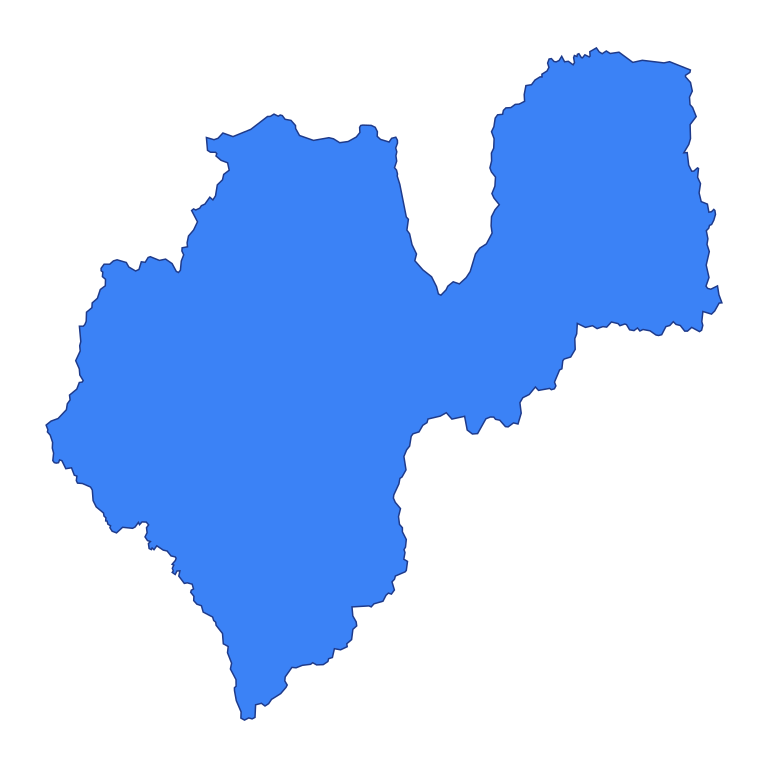 Betong, Yala, Thailand (Natural Earth projection)
{"feature_id": "78962969B29440700427684", "entity_name": "Betong", "entity_type": "district", "adm_level": 2, "iso_a3": "THA", "parent_name": "Thailand", "parent_adm1": "Yala", "projection": "natural_earth1", "projection_center": [101.211, 5.836], "detail": "fine", "context": "isolated", "style": "filled", "palette": "blue", "viewbox_px": 768, "rotation_deg": 0, "n_neighbors": 0, "source": "geoboundaries", "source_scale": "gbopen_adm2", "svg_char_len": 6035}
<svg xmlns="http://www.w3.org/2000/svg" viewBox="0 0 768 768"><path d="M690.4,70.0L669.6,61.7L664.0,62.9L642.3,60.3L632.8,62.4L619.0,52.2L610.2,53.5L606.3,51.0L602.2,53.7L599.2,51.9L596.4,47.9L589.8,51.7L590.1,56.0L589.2,56.9L584.9,54.8L582.5,57.8L581.4,57.6L578.9,53.7L577.4,54.3L576.9,56.5L574.4,55.5L573.6,57.7L574.5,62.6L573.1,64.8L568.3,61.3L564.6,61.8L561.7,56.3L559.1,60.5L556.1,61.9L554.0,61.5L551.4,58.6L549.1,59.0L547.6,63.1L548.9,67.4L547.0,71.0L541.9,74.2L542.0,76.9L540.0,76.9L535.0,80.0L531.5,84.7L525.9,85.6L524.2,94.6L524.6,101.3L519.1,104.1L515.2,104.4L510.9,107.6L505.9,107.9L503.4,110.4L502.6,114.3L497.6,114.8L495.2,118.1L493.9,126.7L491.5,131.7L494.1,138.7L493.7,148.2L491.4,153.1L491.6,160.9L489.9,167.9L491.4,171.9L495.5,177.1L494.9,186.2L491.9,193.6L494.0,198.1L499.3,204.7L495.0,209.8L491.5,216.7L491.1,225.9L492.1,233.1L486.4,243.9L479.8,248.1L475.5,253.9L470.2,271.5L466.2,277.6L459.4,283.9L453.2,281.8L447.8,286.2L446.1,289.8L440.9,295.2L438.4,293.9L436.5,286.6L431.6,276.8L422.9,269.9L414.8,260.7L416.5,254.0L412.0,244.6L409.6,233.8L406.9,230.1L408.4,219.3L406.3,217.0L399.8,184.3L397.2,176.0L397.5,174.0L396.5,170.1L394.5,167.7L396.7,161.1L395.9,155.8L396.8,151.8L395.7,148.0L397.5,143.1L397.4,140.2L395.8,137.2L391.6,138.3L389.1,142.0L380.5,139.4L377.2,136.3L377.4,131.7L375.2,127.3L371.3,125.4L362.8,125.1L360.7,125.5L359.6,127.4L359.9,132.5L356.3,137.0L348.2,141.5L339.7,142.7L333.5,138.8L328.9,137.7L313.5,140.4L299.5,135.5L295.6,128.5L295.5,125.5L291.0,120.4L285.1,119.3L282.3,115.6L280.2,115.0L278.2,116.2L274.0,114.1L270.3,116.4L267.5,116.5L250.9,129.3L233.0,136.6L222.9,133.0L218.0,138.3L214.0,139.7L206.4,137.5L207.5,150.3L210.4,152.2L215.6,152.3L216.8,153.6L216.0,156.0L221.0,160.3L227.6,162.8L229.2,170.2L223.7,174.4L222.5,179.8L217.3,184.9L215.5,195.9L212.9,199.9L209.8,197.2L204.9,204.1L201.4,205.7L199.7,208.2L195.7,210.0L193.6,208.9L191.6,210.5L197.5,221.8L193.6,230.0L188.5,236.0L187.1,242.8L187.5,246.8L182.1,247.8L181.9,251.0L183.7,254.8L181.3,261.0L180.4,270.3L178.4,272.5L176.3,271.4L172.1,263.6L165.6,259.1L159.4,260.4L150.3,256.7L148.1,257.5L145.2,262.3L141.3,261.8L139.0,269.4L135.6,271.0L128.8,267.0L126.3,262.5L117.1,259.8L113.4,260.9L109.7,264.2L104.1,264.2L101.1,268.3L101.1,270.7L102.8,272.1L102.4,276.6L105.5,279.3L105.3,285.8L100.3,289.5L97.4,298.3L92.2,302.9L91.9,307.7L86.5,312.2L86.2,321.3L84.8,324.6L83.3,326.2L79.4,326.2L80.8,341.6L79.7,345.8L80.2,351.0L75.7,360.7L79.3,368.9L79.8,375.0L83.2,380.6L82.1,382.1L79.3,382.5L76.8,389.1L69.5,395.1L70.1,399.9L67.3,403.8L66.4,409.7L58.1,418.5L51.0,421.1L46.1,425.1L47.9,429.7L47.4,431.9L50.2,435.1L52.6,442.4L52.3,448.1L53.6,453.1L52.8,460.6L54.3,462.6L56.2,463.1L58.5,462.7L59.6,459.9L61.9,460.7L65.8,468.7L71.5,467.8L74.3,475.2L76.9,476.1L76.3,480.6L77.5,483.1L82.4,483.5L90.5,487.0L92.3,490.0L93.1,500.6L96.2,506.9L103.5,513.0L104.0,516.1L105.9,517.8L105.7,520.9L107.1,521.1L107.9,524.2L110.6,525.8L109.9,527.7L112.1,531.2L116.5,532.9L122.6,527.3L132.6,528.3L135.1,527.0L138.4,522.4L139.5,524.7L142.1,521.9L146.3,522.1L148.6,524.9L146.5,527.7L147.1,532.7L145.0,536.9L147.5,540.6L150.4,541.5L148.4,543.6L149.1,548.5L151.3,549.6L152.1,548.0L154.0,549.7L156.8,545.8L163.2,550.1L167.1,551.0L171.0,555.9L175.2,556.9L176.1,558.2L175.4,560.4L172.1,564.3L173.8,565.1L172.3,568.3L173.3,570.9L172.2,572.4L175.2,574.5L177.0,571.0L179.9,570.8L178.8,576.1L184.3,583.4L187.3,582.8L192.2,584.2L193.5,589.0L191.3,590.2L190.7,592.3L193.9,596.3L193.7,600.6L196.9,604.2L201.4,605.7L203.2,612.1L212.6,617.0L213.7,620.5L215.7,622.2L216.1,625.3L222.5,633.5L223.3,643.8L228.2,646.5L227.5,652.7L231.6,663.2L230.4,669.0L236.0,679.6L236.1,686.2L234.4,687.8L234.5,690.7L236.3,700.7L241.1,711.9L240.9,718.1L244.5,720.1L248.8,717.9L252.1,718.9L255.0,717.4L255.6,704.8L261.4,703.3L265.0,706.0L268.6,703.7L271.5,699.4L280.7,693.6L286.0,687.4L287.2,685.0L284.8,680.9L285.2,676.9L291.9,667.4L296.1,667.8L302.4,665.3L310.6,664.3L312.7,662.7L316.6,664.9L323.3,664.6L327.9,661.5L328.6,658.7L332.4,657.5L334.4,648.7L340.6,649.8L347.2,646.7L346.8,643.7L351.6,639.6L352.9,629.3L356.7,625.9L356.2,621.9L352.8,615.9L352.0,606.9L369.0,605.9L371.2,606.9L374.0,603.8L383.0,601.2L386.0,595.3L388.4,593.1L391.4,594.1L394.4,590.0L392.0,581.9L394.5,579.2L395.4,576.0L405.2,571.8L406.3,570.4L407.5,561.4L403.8,559.2L405.0,552.6L404.0,549.6L405.5,547.1L406.3,539.5L402.4,531.8L402.4,527.7L399.5,524.4L398.5,516.6L400.5,508.6L395.3,502.4L393.4,498.1L393.8,494.9L398.9,483.9L399.9,478.4L402.0,477.0L406.0,469.9L403.9,456.5L406.6,449.9L409.6,446.1L411.2,436.3L413.0,433.8L419.0,431.9L422.8,425.3L427.0,422.6L428.0,419.0L440.3,416.1L446.3,412.7L451.9,419.1L464.6,416.3L467.2,430.0L472.4,434.0L477.6,433.6L485.9,418.8L490.4,417.0L493.8,417.1L495.5,419.3L499.8,420.2L505.4,426.6L508.1,426.9L513.5,422.9L518.0,424.0L521.2,413.2L519.9,402.7L522.8,397.7L529.2,394.5L535.4,387.0L538.5,390.4L549.7,388.4L551.3,389.7L554.4,388.8L555.9,385.9L554.5,382.1L559.6,369.9L561.9,368.8L562.8,360.7L564.2,359.0L570.7,357.0L575.2,349.4L574.8,338.6L576.7,333.8L577.3,323.4L585.5,327.4L592.5,325.7L597.1,328.6L602.9,326.6L606.7,327.1L611.4,322.0L618.1,323.6L619.9,325.7L624.8,324.0L626.5,324.6L629.6,329.8L634.0,330.6L637.5,328.0L639.9,331.0L643.0,329.5L650.0,330.8L656.0,335.0L658.6,335.5L661.7,334.7L665.9,326.6L669.8,325.5L673.3,321.7L676.0,324.4L680.3,325.5L684.7,331.1L687.5,331.1L691.7,327.4L699.5,331.6L701.6,330.2L702.8,325.4L701.8,321.6L702.9,311.5L711.5,314.1L714.7,311.0L719.1,303.1L721.9,302.8L718.9,294.7L717.5,285.9L710.8,289.2L707.6,288.4L706.0,286.1L709.0,277.5L706.2,265.1L709.3,251.6L707.0,244.3L707.9,238.8L706.3,230.7L708.7,228.3L709.5,225.4L711.6,224.5L713.8,220.2L715.5,214.4L714.9,210.5L713.8,209.4L711.5,211.7L708.9,212.2L707.4,204.1L701.2,201.6L699.1,192.9L700.5,183.6L697.6,177.3L698.5,168.5L697.5,167.9L693.8,171.1L691.7,171.2L688.7,165.2L687.2,152.6L683.8,152.8L688.8,144.4L690.5,138.6L690.1,124.6L696.2,116.6L692.6,107.5L690.0,104.6L689.5,97.1L692.3,91.1L690.5,82.5L685.5,76.8L685.5,75.3L689.9,72.4L690.4,70.0Z" fill="#3b82f6" stroke="#1e3a8a" stroke-width="1.5"/></svg>